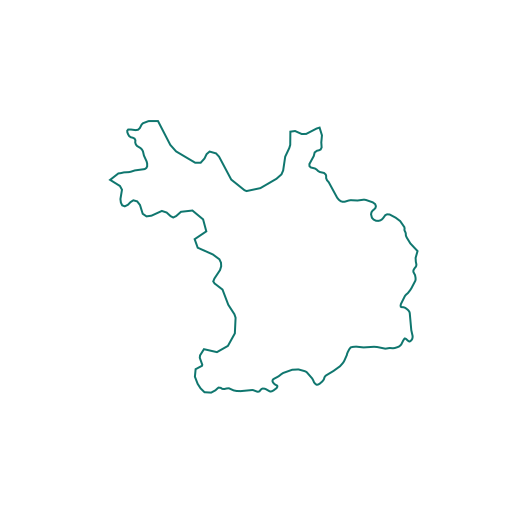 the border of Gard, rotated 33°
{"feature_id": "FRA-5293", "entity_name": "Gard", "entity_type": "Metropolitan department", "adm_level": 1, "iso_a3": "FRA", "parent_name": "France", "parent_adm1": "", "projection": "natural_earth1", "projection_center": [4.221, 43.959], "detail": "fine", "context": "isolated", "style": "outline", "palette": "teal", "viewbox_px": 512, "rotation_deg": 33, "n_neighbors": 0, "source": "natural_earth", "source_scale": "10m", "svg_char_len": 3982}
<svg xmlns="http://www.w3.org/2000/svg" viewBox="0 0 512 512"><g transform="rotate(33 256 256)"><path d="M287.0,398.3L281.6,397.2L276.7,395.0L270.5,390.5L267.0,383.8L270.5,377.5L270.2,376.5L264.3,372.0L263.2,369.8L263.1,362.5L275.6,357.9L281.4,346.7L280.4,332.4L272.5,318.9L269.6,316.6L259.3,312.0L246.2,302.4L236.2,301.6L234.0,300.6L233.4,297.6L233.5,287.4L232.4,283.6L230.3,280.7L227.1,278.7L219.0,278.2L202.6,280.8L195.4,275.3L200.9,262.4L191.7,254.1L177.9,252.5L169.0,259.8L167.3,266.0L165.6,268.8L162.7,269.1L157.4,268.2L152.5,269.5L146.4,279.1L142.6,282.4L138.0,282.3L130.9,276.4L126.6,274.9L122.8,276.1L121.4,279.2L120.7,282.8L118.9,285.8L116.2,286.4L113.6,284.8L111.3,282.1L107.5,273.4L103.8,271.4L92.2,271.6L95.6,261.7L97.4,260.2L99.7,257.8L103.7,254.9L105.2,253.4L107.8,250.2L114.9,244.1L115.1,243.9L115.5,243.4L116.1,241.9L115.9,240.1L114.4,237.8L112.8,236.3L107.3,232.8L104.2,229.8L102.3,228.8L100.4,228.4L96.3,228.5L94.5,227.9L92.9,226.6L91.8,224.6L90.2,223.7L88.3,223.9L86.3,224.6L84.3,224.5L82.5,223.6L80.8,222.4L79.8,221.1L79.9,219.6L82.1,218.1L86.5,216.0L88.3,214.4L88.9,212.0L88.5,208.1L88.9,206.2L92.4,201.4L100.3,196.2L123.6,209.5L132.0,211.8L154.2,210.9L158.8,207.9L159.7,202.3L159.1,197.4L160.2,193.7L166.6,191.7L170.9,192.8L193.6,205.4L210.5,207.1L212.7,206.7L222.7,196.7L231.1,180.1L232.9,173.7L232.2,169.5L226.4,156.8L225.1,147.3L224.2,144.2L217.1,133.0L220.7,129.9L227.9,128.8L231.6,126.3L237.4,116.1L239.4,113.7L245.6,118.9L248.9,125.2L251.9,129.2L252.2,131.5L251.2,133.1L249.8,134.5L248.8,137.2L250.0,140.7L250.7,149.8L251.9,151.5L253.7,151.9L257.8,150.5L259.8,150.5L261.8,150.9L263.8,150.8L267.8,149.3L270.1,149.7L271.2,150.6L272.4,152.5L274.3,153.8L276.8,154.5L292.3,162.9L294.8,163.7L297.2,163.9L299.2,163.3L300.9,162.1L303.5,159.0L305.0,157.6L310.9,154.2L315.9,149.9L317.8,149.1L324.7,147.4L327.7,147.6L329.4,148.9L330.0,150.6L329.7,152.5L329.1,154.3L329.0,156.4L329.8,158.4L332.4,160.8L334.8,161.4L337.4,161.1L339.5,159.9L340.9,158.4L341.7,156.7L342.0,154.9L342.2,151.3L343.3,149.6L345.5,148.4L352.3,147.8L357.9,148.2L364.7,151.0L365.7,152.1L366.1,153.0L366.7,153.7L368.5,154.8L369.3,155.5L370.4,157.0L371.2,157.7L372.5,158.5L378.6,161.4L388.8,163.9L390.9,170.7L393.2,173.8L395.1,175.7L395.7,176.9L395.9,178.0L395.7,179.4L395.7,181.6L396.1,182.9L396.9,183.8L399.8,185.4L401.7,187.4L402.6,188.7L403.1,189.9L403.9,198.5L403.9,200.8L403.6,204.3L403.3,205.4L403.0,206.3L402.8,207.3L402.7,208.6L403.7,217.4L404.3,218.9L405.1,219.7L405.9,219.6L407.5,218.7L408.5,218.4L409.6,218.2L412.1,218.4L413.3,218.6L414.9,219.2L416.0,220.1L426.6,233.6L431.0,237.9L431.8,239.3L432.2,240.6L432.2,241.7L432.0,242.7L431.7,243.5L431.5,243.9L431.3,244.1L431.2,244.1L430.7,244.3L430.0,244.3L428.8,244.2L428.5,244.1L428.4,244.1L427.4,243.9L426.6,243.9L425.7,244.1L425.6,244.4L425.5,245.1L425.5,246.8L426.0,251.1L425.8,252.2L425.5,253.3L425.1,254.3L423.9,255.9L422.5,257.6L421.1,258.8L418.3,260.3L416.9,261.5L416.3,262.1L414.9,263.3L407.3,266.3L404.5,267.8L396.0,274.1L389.3,277.5L386.6,279.6L385.2,281.1L385.0,283.4L385.3,286.6L385.7,288.6L386.1,289.5L387.1,295.7L387.2,297.7L387.0,299.5L386.5,302.7L383.6,310.2L379.8,318.0L379.5,319.2L379.5,320.2L379.7,321.2L380.0,322.0L380.1,323.4L379.9,325.2L378.9,328.6L378.0,330.1L377.1,330.9L376.5,331.0L375.5,330.9L374.5,330.7L373.4,330.3L371.7,329.1L369.8,328.1L362.8,326.1L361.6,325.8L360.4,325.9L359.4,326.1L353.4,328.0L348.3,331.7L342.5,339.3L341.6,341.3L340.7,344.0L340.0,345.5L338.0,349.1L337.5,350.3L337.6,351.2L338.0,352.0L338.8,352.6L339.8,353.0L341.0,353.3L342.2,353.4L344.4,353.2L345.1,354.0L345.2,355.6L343.9,359.2L342.9,360.9L341.8,361.9L340.7,362.1L336.9,362.3L335.5,362.6L333.8,363.5L333.1,364.5L332.8,365.7L332.6,367.6L331.9,368.5L331.0,369.1L326.8,370.0L325.9,370.4L316.7,377.7L313.2,379.8L310.4,380.9L305.3,381.7L303.5,383.1L301.9,384.8L300.1,385.8L298.2,385.8L297.0,386.4L296.5,386.6L296.3,386.7L296.2,386.9L295.8,388.1L295.1,390.8L292.8,395.0L287.0,398.3Z" fill="none" stroke="#0f766e" stroke-width="2"/></g></svg>